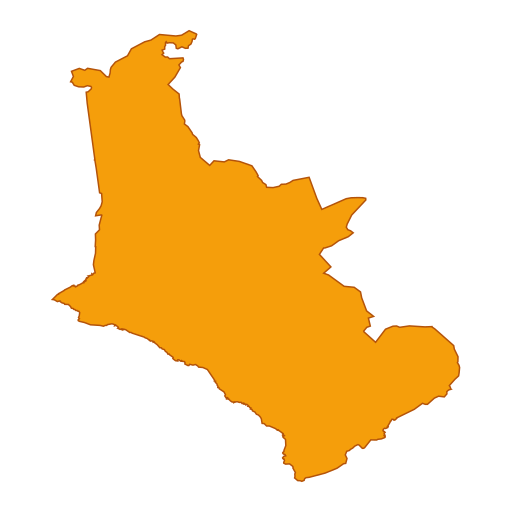 Asares pag., Aknistes, Latvia
{"feature_id": "27541924B18984780687847", "entity_name": "Asares pag.", "entity_type": "district", "adm_level": 2, "iso_a3": "LVA", "parent_name": "Latvia", "parent_adm1": "Aknistes", "projection": "robinson", "projection_center": [25.901, 56.138], "detail": "fine", "context": "isolated", "style": "filled", "palette": "amber", "viewbox_px": 512, "rotation_deg": 0, "n_neighbors": 0, "source": "geoboundaries", "source_scale": "gbopen_adm2", "svg_char_len": 5961}
<svg xmlns="http://www.w3.org/2000/svg" viewBox="0 0 512 512"><path d="M52.4,299.5L54.3,299.8L57.4,301.6L59.9,300.9L60.2,301.6L61.9,302.8L64.3,303.5L64.7,304.3L68.4,304.5L70.5,306.5L71.4,308.2L73.4,308.6L73.8,309.4L75.0,309.6L75.9,310.5L77.1,310.5L77.9,311.2L78.9,311.3L79.7,312.6L79.2,316.1L78.5,317.5L79.4,318.7L78.2,319.7L78.2,320.6L79.3,321.3L84.4,322.5L90.5,324.8L100.0,325.4L103.5,326.2L105.2,325.4L106.7,325.4L107.4,324.6L111.9,323.8L113.9,324.3L114.2,324.7L115.2,324.8L114.8,325.7L115.9,325.3L118.0,326.9L118.4,327.4L118.0,327.9L118.4,328.3L118.1,328.4L120.1,329.4L121.4,328.9L121.8,328.9L121.7,329.6L122.1,329.8L122.7,329.7L122.5,329.2L123.1,329.1L123.7,329.2L123.4,329.7L124.5,329.4L125.7,329.7L129.8,332.5L131.0,332.4L132.2,333.2L144.2,337.1L145.1,337.8L147.2,338.5L148.8,339.8L149.5,339.8L149.5,340.5L150.7,341.1L151.1,340.8L152.8,341.2L153.1,342.2L153.6,342.0L153.5,341.5L154.0,341.6L154.4,342.2L154.3,342.5L157.2,344.7L159.8,347.7L161.4,347.8L162.1,348.9L164.4,349.6L165.4,351.4L166.9,352.3L168.0,354.2L169.1,354.0L169.6,354.8L173.0,357.2L173.2,357.7L172.8,358.3L173.3,359.0L175.5,360.7L177.8,361.0L177.6,359.9L178.0,359.7L179.3,360.0L180.4,361.0L181.6,360.5L181.8,360.7L181.4,361.2L184.5,361.6L185.0,362.7L184.9,364.0L187.8,365.5L188.9,365.5L189.7,364.3L193.0,365.1L195.5,364.5L197.8,366.0L198.6,367.1L202.9,367.5L207.4,369.5L214.5,380.0L214.3,381.0L215.6,381.3L215.3,382.2L217.1,384.2L217.2,385.3L218.0,386.3L217.8,387.5L219.1,387.9L219.3,388.8L224.0,391.9L225.5,394.8L224.8,395.9L225.9,397.6L227.0,397.6L226.7,398.3L227.4,398.1L227.2,398.8L228.0,398.5L228.3,398.7L227.8,399.0L229.1,399.5L230.6,401.0L232.1,402.0L233.7,402.1L233.8,402.6L234.7,401.9L235.0,402.2L235.8,401.8L237.7,401.8L239.3,402.4L241.1,402.3L241.6,403.0L242.4,403.2L242.3,403.5L243.2,403.6L243.8,403.1L244.3,403.5L244.0,404.1L245.8,404.3L245.9,404.9L246.9,404.4L248.3,405.6L247.9,406.3L249.1,406.5L249.9,407.6L250.9,408.0L250.4,409.0L252.0,409.5L252.5,410.9L254.9,412.0L256.4,414.2L258.4,415.0L260.1,416.7L261.3,418.7L262.1,423.4L264.2,423.6L266.6,426.0L269.4,426.0L275.3,428.5L276.8,429.6L277.9,429.8L277.6,430.2L278.9,430.5L283.2,433.6L283.2,434.0L282.8,434.2L283.6,435.0L283.2,435.2L283.7,435.5L283.4,435.6L284.0,435.9L282.9,436.5L283.1,437.3L285.5,439.4L285.8,445.6L284.0,450.3L283.9,451.6L282.9,452.4L282.7,453.0L283.4,454.0L284.9,454.5L285.7,455.8L283.7,456.4L282.6,457.9L282.9,458.6L284.0,459.1L283.8,459.4L284.4,460.0L284.5,460.7L283.7,462.3L283.8,463.2L285.6,464.1L289.6,463.9L292.7,466.3L293.1,467.3L292.9,468.0L295.4,472.6L294.8,474.0L295.0,476.4L294.6,477.9L297.7,480.6L300.2,480.7L301.8,481.3L304.1,480.4L304.7,478.6L306.0,477.7L309.2,477.3L325.1,473.1L337.1,468.2L343.6,463.7L345.7,463.4L347.0,458.5L345.3,454.9L346.7,451.3L349.6,450.4L350.1,449.6L352.7,448.1L354.8,446.1L357.9,444.6L359.0,445.0L362.3,448.3L363.4,448.3L364.5,447.8L370.8,439.9L376.6,440.0L377.9,439.3L381.4,438.9L384.7,437.6L385.2,437.0L385.1,436.2L384.5,436.2L384.1,435.4L384.9,435.2L384.1,433.2L385.1,432.4L384.4,431.5L383.6,431.4L383.0,430.7L383.3,429.3L384.4,428.3L385.6,428.5L387.6,427.6L387.3,427.0L388.2,426.6L387.9,425.9L390.0,422.4L390.3,421.3L390.7,421.3L392.0,419.2L393.6,419.5L394.0,420.2L395.1,419.9L396.8,418.3L396.7,417.9L414.3,409.3L422.5,403.3L425.2,404.3L427.5,404.3L434.4,398.1L438.6,396.2L444.3,396.9L446.9,393.9L446.8,391.6L448.6,390.0L451.2,389.2L450.6,388.7L450.3,387.2L449.3,385.6L454.9,379.3L458.6,375.9L459.1,372.9L459.6,367.5L459.0,365.3L457.4,362.6L457.9,361.5L458.0,356.7L454.3,349.1L453.7,345.6L434.8,328.9L432.0,327.0L432.0,326.6L425.0,326.9L409.4,325.9L399.7,327.3L396.6,326.0L392.9,326.2L385.5,329.2L375.6,342.3L364.0,331.9L363.7,331.1L366.8,327.3L370.3,326.1L368.4,318.1L373.6,316.4L366.6,310.9L361.7,297.9L360.5,291.9L354.2,287.3L344.1,286.3L328.6,275.0L323.7,273.2L330.9,266.9L319.4,254.4L323.6,248.0L324.8,248.0L331.6,245.8L338.7,240.7L348.3,236.7L353.2,232.8L350.6,230.8L347.8,229.7L346.3,227.2L347.2,224.0L351.7,215.0L365.8,200.0L365.7,198.3L362.7,197.7L357.7,197.6L351.1,197.8L346.2,198.7L321.8,209.4L316.8,198.4L309.1,177.3L293.1,180.4L289.8,182.5L285.9,184.1L281.3,184.3L279.3,186.2L278.1,186.5L273.1,187.6L266.6,187.3L265.9,184.6L262.6,182.5L261.6,180.4L257.5,176.5L258.1,175.6L256.0,171.8L251.9,165.8L239.3,161.4L228.6,159.8L224.3,161.9L214.0,160.8L209.7,165.4L200.3,157.4L198.5,150.6L199.6,144.7L198.4,144.1L199.3,142.9L198.5,141.1L196.3,137.5L192.6,134.4L192.1,132.8L187.9,126.6L184.4,124.0L184.8,121.2L184.7,120.1L181.9,115.7L181.4,113.7L179.6,98.7L179.4,98.4L179.1,94.0L172.8,89.0L168.1,84.5L174.9,77.1L180.4,67.6L178.9,64.9L181.6,62.0L183.0,61.4L183.5,59.6L183.0,57.9L169.5,58.7L167.6,57.0L165.3,57.1L162.0,54.7L163.7,53.1L163.0,52.2L162.1,50.1L164.7,49.1L164.7,46.5L165.5,45.5L165.5,42.6L166.2,41.7L167.1,43.1L169.5,42.7L173.3,42.9L175.8,44.9L176.3,48.3L177.9,48.8L181.9,46.8L185.3,48.3L188.0,48.2L188.5,45.7L190.9,44.1L192.0,41.6L192.4,39.2L193.0,38.9L194.6,39.2L195.3,38.6L196.7,34.4L196.4,34.0L189.1,30.7L181.6,35.2L175.9,36.0L159.5,34.5L150.9,40.1L144.7,41.8L131.4,48.8L127.5,55.8L115.4,62.1L111.1,67.3L110.4,69.5L110.1,73.1L108.9,77.1L106.4,76.6L100.3,70.6L87.6,68.3L84.8,70.3L79.3,68.4L71.5,71.3L73.4,76.5L70.6,81.8L72.3,82.2L74.2,85.3L78.6,86.8L83.8,87.0L87.3,85.7L90.9,86.4L91.5,87.3L91.3,88.8L88.1,91.8L86.2,92.2L87.2,103.2L94.9,159.8L94.6,160.0L94.9,160.2L96.2,168.1L99.6,192.8L101.6,193.5L102.2,201.8L101.1,205.8L99.5,208.6L96.4,212.5L95.6,215.8L101.2,214.9L101.8,215.2L99.2,225.1L99.5,229.8L95.4,234.0L95.6,239.9L95.2,246.6L95.7,246.7L95.5,253.3L93.9,260.6L93.4,264.7L95.2,272.8L93.6,273.3L92.8,274.5L91.9,273.9L92.0,275.0L88.5,275.9L89.0,276.2L88.1,277.3L86.8,277.7L87.1,278.2L85.9,279.0L85.9,280.4L85.3,280.2L84.2,281.2L85.1,281.3L84.3,281.8L83.8,282.8L83.2,282.6L79.7,284.6L77.8,285.2L77.7,285.7L75.6,286.9L75.2,286.7L75.1,286.1L74.2,286.0L74.0,285.3L73.3,285.3L73.0,285.9L72.2,285.7L70.2,287.2L64.5,290.0L64.3,290.4L58.9,293.5L58.7,293.0L58.6,294.2L57.5,294.4L52.4,299.5Z" fill="#f59e0b" stroke="#b45309" stroke-width="1.5"/></svg>